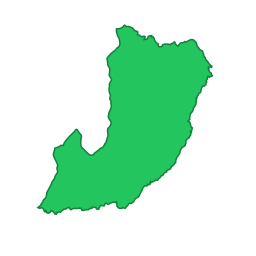 Muong Khuong, Lào Cai, Vietnam, rotated 192°
{"feature_id": "81297802B9711168823282", "entity_name": "Muong Khuong", "entity_type": "district", "adm_level": 2, "iso_a3": "VNM", "parent_name": "Vietnam", "parent_adm1": "Lào Cai", "projection": "natural_earth1", "projection_center": [104.124, 22.685], "detail": "fine", "context": "isolated", "style": "filled", "palette": "green", "viewbox_px": 256, "rotation_deg": 192, "n_neighbors": 0, "source": "geoboundaries", "source_scale": "gbopen_adm2", "svg_char_len": 5766}
<svg xmlns="http://www.w3.org/2000/svg" viewBox="0 0 256 256"><g transform="rotate(192 128 128)"><path d="M162.7,190.6L161.6,188.1L161.2,186.3L160.4,184.8L158.8,183.0L158.0,181.8L157.7,179.2L157.5,176.2L157.3,175.5L154.9,172.9L154.1,171.8L154.1,170.9L154.7,169.8L155.4,167.2L154.8,164.7L154.8,162.5L153.7,159.1L152.5,157.3L151.8,155.5L152.1,154.3L151.8,152.5L150.0,150.6L149.9,148.5L149.2,147.2L148.7,145.0L148.9,143.8L148.9,142.7L149.4,141.1L149.8,139.0L149.7,137.8L149.7,135.1L148.7,133.3L145.9,130.5L145.6,129.7L145.6,127.7L145.9,126.5L146.4,125.0L147.3,124.0L147.7,123.0L147.4,120.6L146.5,118.5L146.3,117.2L145.8,116.0L146.2,114.0L146.5,109.4L147.6,107.3L147.3,106.7L147.8,106.1L148.3,104.5L148.7,103.8L150.0,102.7L151.1,102.2L152.0,100.5L155.8,96.1L156.0,95.0L157.5,94.0L158.9,93.6L161.2,94.3L169.0,99.3L170.4,101.0L170.7,101.8L171.4,104.8L171.8,109.6L171.7,110.3L172.1,111.0L172.5,111.5L174.3,112.8L177.2,115.6L177.8,115.9L178.5,115.8L179.0,115.2L179.6,113.5L183.6,107.5L186.4,102.4L187.4,99.6L187.6,97.7L188.1,97.4L189.8,97.2L192.3,94.8L194.6,93.5L195.4,92.9L195.2,91.6L195.6,88.2L195.5,86.7L195.1,85.4L194.7,84.7L190.1,78.7L189.2,77.2L188.9,76.3L189.2,74.6L189.2,74.1L188.6,72.4L187.7,70.7L187.6,70.2L189.3,65.7L189.4,63.3L190.9,60.0L191.6,56.2L194.0,47.8L193.7,44.4L193.9,42.8L195.9,39.8L195.9,38.0L196.5,37.1L197.8,33.5L199.6,31.5L199.1,31.2L198.4,31.1L197.1,31.3L196.1,32.1L195.6,32.1L193.8,31.1L193.1,30.2L192.6,29.2L191.7,28.7L191.2,30.1L190.4,29.1L189.9,28.3L189.5,28.1L187.9,28.1L187.1,29.1L186.6,29.5L186.0,31.2L185.5,31.3L185.1,31.2L184.6,30.7L183.9,30.6L182.3,29.4L181.6,28.6L180.1,28.8L180.0,29.1L180.3,30.2L180.2,30.4L179.5,30.7L179.1,30.6L178.6,31.4L177.6,31.9L177.0,31.5L176.5,31.6L175.6,33.2L174.4,34.4L174.1,35.1L173.3,35.3L172.8,35.8L172.2,35.7L170.9,37.1L169.3,38.1L169.0,38.0L168.5,37.2L168.0,36.8L166.8,36.2L166.5,36.4L166.0,37.2L164.2,37.9L163.5,38.4L161.8,38.4L159.0,39.5L157.8,39.5L157.1,39.8L155.8,37.8L154.0,38.3L152.3,39.4L150.1,39.6L148.3,41.5L147.1,41.6L146.6,41.9L146.5,42.1L146.7,43.0L145.9,43.5L142.9,43.5L142.3,42.7L141.4,42.1L140.3,42.3L139.7,42.6L139.6,43.3L139.7,44.3L139.2,44.9L138.6,46.4L137.6,46.8L136.8,46.6L135.1,46.9L134.7,49.0L134.4,49.5L133.5,50.0L132.2,49.3L131.8,49.3L130.7,49.7L130.3,50.3L129.4,51.1L128.5,51.4L127.6,52.2L124.8,52.6L124.3,52.9L123.9,53.4L123.6,53.1L123.5,51.9L122.7,50.3L122.5,49.1L120.2,47.7L119.2,47.7L117.4,48.0L116.6,48.9L116.3,49.0L114.0,48.8L113.4,50.4L112.0,52.4L111.8,53.4L111.3,54.3L110.6,54.8L109.8,54.7L109.0,55.0L107.7,56.3L106.8,58.1L106.3,60.0L105.6,60.9L103.6,62.6L102.9,64.0L102.6,65.9L101.5,69.4L101.7,70.2L101.2,70.5L101.0,72.2L100.7,73.4L100.0,74.0L100.0,74.9L99.7,75.0L97.7,75.2L97.2,75.6L96.9,76.2L97.2,77.0L96.0,76.9L94.9,77.4L94.6,78.2L95.1,78.9L94.9,80.4L94.1,79.6L93.8,79.5L93.3,80.0L92.9,80.6L92.1,80.7L91.3,81.7L90.5,82.1L90.4,82.9L88.6,82.9L88.2,83.1L87.8,83.9L86.3,86.2L85.4,88.4L84.4,88.6L83.8,89.7L83.5,90.8L82.9,91.6L82.2,92.4L81.1,93.1L81.2,94.4L80.5,94.8L79.8,95.8L79.0,95.8L78.2,96.7L77.9,97.3L77.8,98.0L77.4,98.4L77.5,99.8L76.5,100.2L76.1,101.0L75.4,101.7L75.3,102.6L74.9,103.3L74.1,104.0L74.5,105.6L74.4,107.8L73.7,110.4L73.0,111.6L72.7,112.4L72.6,113.1L72.2,113.8L72.1,115.4L72.4,116.6L72.0,117.2L71.8,118.5L71.3,119.3L71.0,120.3L69.2,121.8L68.8,122.6L68.4,122.9L68.6,123.7L68.2,124.8L68.7,127.4L67.9,129.5L66.9,130.3L66.1,131.5L66.0,132.7L65.2,133.9L65.6,135.1L64.9,136.8L65.1,137.2L66.3,137.4L65.8,138.3L65.1,138.8L65.1,139.1L65.2,139.9L65.1,140.6L65.1,141.5L65.9,142.0L66.5,142.0L68.2,145.9L69.2,146.8L70.1,147.0L70.5,146.8L70.7,147.2L70.5,147.9L69.5,148.9L69.3,149.2L69.9,151.0L69.8,151.8L70.0,153.2L69.8,154.1L70.0,154.9L69.2,155.9L69.1,156.6L68.4,157.3L68.1,159.0L68.2,160.5L67.4,162.5L66.9,164.3L66.5,165.0L66.6,167.0L66.9,167.4L67.0,167.9L67.0,168.6L66.7,168.8L66.9,169.1L67.1,170.6L66.9,171.0L67.6,171.6L67.6,171.8L67.5,172.0L66.9,172.2L66.8,173.5L66.1,174.9L66.1,175.7L65.5,177.1L65.0,177.3L64.4,178.1L64.5,181.4L63.8,184.4L62.2,184.8L62.0,185.1L61.5,185.9L60.9,186.4L61.0,188.2L60.5,189.3L60.9,189.9L61.5,190.3L61.5,190.5L61.0,191.3L60.6,192.2L60.8,194.9L60.6,195.2L60.3,195.3L59.3,194.6L58.9,194.5L57.8,195.8L57.2,195.8L56.7,196.1L56.4,196.9L56.9,197.1L57.5,197.7L58.0,199.0L59.2,199.4L60.3,200.1L60.8,201.3L61.4,202.0L61.1,202.5L61.1,202.8L61.8,203.1L62.0,203.4L62.0,204.1L61.7,204.3L60.9,204.4L60.1,204.9L58.9,204.7L58.7,205.3L58.9,205.9L60.0,206.5L60.4,206.5L61.0,206.9L62.1,207.7L63.0,208.7L66.3,211.4L66.7,212.0L67.0,213.0L68.1,213.4L68.6,214.0L68.9,214.5L69.1,215.4L70.6,217.6L71.1,218.8L74.1,219.6L74.9,220.3L75.4,221.0L77.3,222.4L78.8,225.3L79.1,225.7L80.8,226.9L81.1,226.8L81.5,227.4L82.0,227.6L83.6,227.9L84.8,227.6L87.3,225.8L88.9,224.3L89.4,224.2L90.3,224.5L90.6,224.0L91.9,223.0L94.1,222.2L94.4,221.9L95.6,219.8L96.2,218.5L96.6,218.5L98.7,219.8L99.4,220.6L100.1,221.8L100.6,221.9L101.3,220.7L103.3,219.4L103.5,218.9L103.6,218.3L106.5,218.4L109.6,217.7L111.4,216.7L111.6,216.0L111.6,215.1L112.5,214.3L114.9,214.1L115.3,214.2L116.1,216.7L116.4,216.9L117.9,217.0L120.0,219.1L120.9,220.8L122.3,222.4L123.9,221.9L124.1,223.4L127.2,222.0L127.4,221.7L127.1,221.1L127.2,220.4L127.8,219.6L127.9,218.9L130.7,217.7L130.7,218.8L130.3,219.4L130.1,220.7L131.1,221.2L132.0,221.0L133.9,220.0L136.2,221.2L138.2,221.3L138.2,223.2L138.4,224.0L138.9,224.0L139.5,224.5L140.7,224.5L142.3,225.1L144.4,226.8L145.7,226.9L147.2,227.4L148.7,227.4L151.2,226.9L152.6,227.9L153.4,227.1L154.1,225.6L155.5,224.3L157.3,223.3L159.9,222.6L159.6,220.9L159.1,219.2L156.7,215.2L155.5,214.1L154.4,211.7L154.0,210.3L153.4,209.1L153.4,207.5L153.8,205.8L154.7,204.6L155.6,203.7L156.0,202.4L156.7,201.3L157.3,200.5L158.5,199.4L159.3,198.1L160.1,197.5L160.8,196.0L161.6,194.8L162.6,192.7L163.0,191.6L162.7,190.6Z" fill="#22c55e" stroke="#15803d" stroke-width="1.5"/></g></svg>